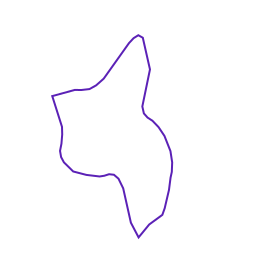 the Province of Jarash, rotated 127°
{"feature_id": "JOR-856", "entity_name": "Jarash", "entity_type": "Province", "adm_level": 1, "iso_a3": "JOR", "parent_name": "Jordan", "parent_adm1": "", "projection": "natural_earth1", "projection_center": [35.881, 32.225], "detail": "fine", "context": "isolated", "style": "outline", "palette": "violet", "viewbox_px": 256, "rotation_deg": 127, "n_neighbors": 0, "source": "natural_earth", "source_scale": "10m", "svg_char_len": 652}
<svg xmlns="http://www.w3.org/2000/svg" viewBox="0 0 256 256"><g transform="rotate(127 128 128)"><path d="M59.6,178.3L52.9,177.6L47.7,175.6L47.0,170.5L68.0,145.7L102.2,129.5L106.8,124.1L107.9,118.7L107.5,112.8L108.9,104.2L112.4,94.1L120.9,80.2L128.9,72.0L136.7,66.6L142.1,64.1L152.8,58.0L170.0,50.4L176.7,48.3L192.3,53.0L209.0,53.7L201.9,68.7L179.1,95.5L174.2,105.1L173.8,111.1L176.3,115.3L180.4,118.2L183.8,121.5L190.5,133.0L195.7,145.6L194.0,158.5L191.5,163.9L187.2,168.5L180.6,171.7L172.7,176.7L166.8,181.4L148.1,207.7L129.6,193.4L125.8,188.2L120.1,182.2L113.1,179.1L103.2,177.1L59.6,178.3Z" fill="none" stroke="#5b21b6" stroke-width="2"/></g></svg>